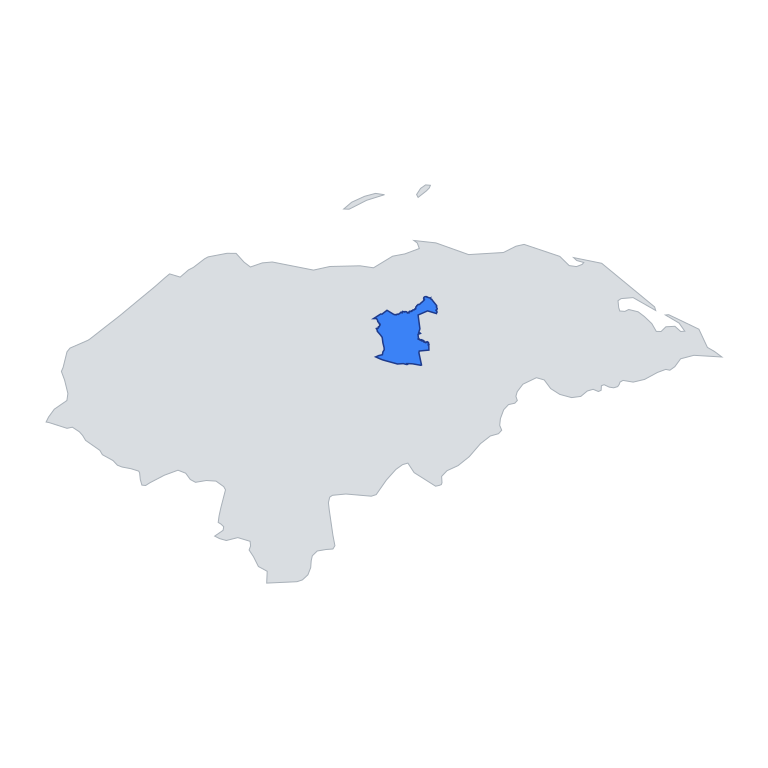 Gualaco, Olancho, Honduras shown in context
{"feature_id": "27666195B37652459733493", "entity_name": "Gualaco", "entity_type": "district", "adm_level": 2, "iso_a3": "HND", "parent_name": "Honduras", "parent_adm1": "Olancho", "projection": "mercator", "projection_center": [-86.008, 15.224], "detail": "fine", "context": "in_parent", "style": "filled", "palette": "blue", "viewbox_px": 768, "rotation_deg": 0, "n_neighbors": 0, "source": "geoboundaries", "source_scale": "gbopen_adm2", "svg_char_len": 7353}
<svg xmlns="http://www.w3.org/2000/svg" viewBox="0 0 768 768"><path d="M721.9,357.0L693.9,355.3L680.6,358.8L674.8,366.7L669.9,370.2L665.7,369.4L657.3,372.5L644.6,379.4L633.2,382.1L623.0,380.4L620.0,382.1L619.2,384.4L617.7,386.6L613.7,387.8L609.2,387.1L604.1,384.7L601.4,385.7L601.1,390.3L598.4,391.5L593.1,389.3L587.3,391.0L580.8,396.4L571.6,397.6L559.8,394.4L550.7,388.6L544.2,379.9L536.4,377.7L522.9,384.2L517.2,391.7L515.9,396.3L517.3,400.5L514.8,403.2L508.5,404.6L503.7,409.7L500.4,418.6L499.7,425.4L501.7,430.2L498.5,433.7L490.3,436.0L480.5,443.6L469.3,456.6L458.1,465.6L447.0,470.7L441.6,476.4L442.0,482.7L441.3,484.6L439.2,485.4L435.6,486.2L414.1,472.6L407.9,463.1L402.6,464.6L395.9,469.4L386.4,480.0L376.2,494.6L371.3,496.2L345.9,494.0L332.4,495.3L329.7,497.2L328.4,502.6L329.2,509.7L332.9,535.2L334.9,545.7L332.9,549.0L326.0,549.5L317.2,551.0L312.3,555.8L311.2,560.7L310.7,567.6L307.9,574.8L302.4,579.9L297.0,581.7L266.7,583.1L267.2,571.3L258.4,566.5L253.5,556.7L249.1,550.0L250.6,546.0L250.1,541.3L237.8,537.6L226.3,540.5L219.6,538.6L214.7,536.1L223.1,530.3L223.7,526.7L221.0,524.1L218.2,522.4L219.1,515.8L220.8,508.0L225.5,489.8L223.7,486.6L216.0,481.1L206.3,480.5L195.5,482.3L190.3,479.5L185.7,473.2L178.0,470.2L164.4,475.2L150.0,482.7L145.6,485.5L141.9,485.1L140.3,479.5L139.6,472.8L138.7,471.1L131.0,468.7L122.0,467.0L117.4,465.2L113.1,460.6L102.4,454.7L99.9,450.4L85.6,440.4L82.6,435.4L79.4,431.8L72.4,427.2L67.0,428.3L48.8,422.5L46.1,422.0L48.6,417.0L54.3,409.2L66.9,400.5L67.9,393.5L64.6,380.1L61.4,371.4L63.1,367.5L67.0,351.8L70.0,348.1L88.1,340.2L89.8,339.1L104.1,327.9L119.9,315.6L136.4,301.9L154.8,286.7L164.9,277.8L169.6,273.9L180.2,277.1L188.5,269.9L193.4,267.4L204.6,258.8L208.1,256.9L227.0,253.3L236.1,253.4L244.1,262.2L250.4,267.0L262.3,262.9L272.3,262.0L313.5,270.1L329.9,266.5L360.0,265.8L373.5,267.8L392.6,256.2L404.9,253.9L419.3,248.5L417.3,243.0L413.9,240.5L435.9,242.9L468.6,254.6L503.4,252.5L516.0,246.2L524.1,244.4L559.8,256.4L569.2,265.6L576.5,266.6L582.2,264.4L583.8,262.5L576.7,260.5L573.6,257.6L601.7,263.3L654.6,306.9L655.7,310.5L633.1,297.6L621.1,298.6L618.0,300.7L618.7,307.7L619.8,311.0L624.9,311.4L628.7,309.5L638.1,311.8L644.2,316.4L651.8,323.6L656.3,331.4L661.1,331.5L665.9,326.8L674.9,326.3L680.7,331.5L684.8,331.2L679.1,323.1L665.4,315.0L668.7,314.7L698.9,329.2L707.4,347.4L714.5,351.5L721.9,357.0ZM366.6,200.3L349.1,209.2L343.7,209.0L351.7,202.2L364.6,196.3L375.5,193.4L384.5,194.7L366.6,200.3ZM426.4,190.9L418.1,197.4L416.6,194.5L420.6,188.4L425.6,184.9L430.4,185.3L429.3,187.9L426.4,190.9Z" fill="#d9dde1" stroke="#a8b0b8" stroke-width="1"/><path d="M387.0,310.3L381.9,314.2L380.7,314.0L373.5,318.6L376.5,318.6L376.6,318.9L376.8,319.0L377.2,319.7L377.4,320.0L377.6,320.5L377.6,320.9L377.8,321.4L377.8,321.7L378.0,321.9L378.1,322.0L378.3,322.1L378.6,322.3L378.8,322.6L378.9,322.8L378.9,323.1L379.1,323.3L379.2,323.5L379.3,323.6L379.5,323.8L379.8,323.8L380.0,324.1L379.8,324.2L379.8,324.4L379.7,324.5L379.9,324.7L379.9,324.8L380.0,324.9L380.0,325.0L379.9,325.4L379.7,325.5L379.5,325.9L379.3,326.2L379.3,326.4L379.3,326.5L378.9,326.8L378.6,326.8L378.7,327.1L378.4,327.3L378.3,327.5L378.2,327.7L378.2,328.0L378.0,328.3L377.9,328.3L377.8,328.2L377.7,328.2L377.1,328.2L376.7,328.4L376.3,328.5L376.4,328.8L376.7,329.0L376.8,329.2L377.0,329.7L377.1,330.1L377.3,330.5L377.2,331.0L377.4,331.3L377.5,331.5L377.9,332.0L378.0,332.1L380.5,335.0L382.2,337.4L382.9,342.8L384.1,347.7L384.2,349.8L382.9,351.9L382.4,354.7L378.6,355.6L377.1,356.3L375.7,356.9L379.9,358.8L382.4,359.8L385.1,360.6L396.8,363.8L397.2,364.0L403.3,363.6L406.5,364.5L407.4,364.4L407.0,363.6L408.2,363.6L412.3,363.8L413.0,363.9L420.9,365.3L421.5,365.0L418.9,352.7L419.3,351.0L428.9,350.1L428.8,345.4L428.5,345.3L428.4,345.2L428.2,345.1L428.2,344.9L428.4,344.9L428.5,344.8L428.5,344.7L428.4,344.5L428.4,344.4L428.6,344.4L428.8,344.3L428.7,344.2L428.8,344.1L428.7,343.9L428.6,343.4L428.6,343.2L428.5,342.8L428.5,342.6L428.4,342.4L428.2,342.3L428.1,342.6L427.9,342.6L427.9,342.4L427.8,342.2L427.7,342.1L427.4,342.1L427.4,341.9L427.3,341.7L427.2,341.7L427.0,341.9L426.8,342.0L426.6,342.2L426.2,342.2L426.2,342.4L426.1,342.5L425.8,342.7L425.6,342.5L425.6,342.2L425.4,342.3L425.3,342.2L425.1,342.1L424.9,342.1L424.8,342.3L424.7,342.3L424.5,342.2L424.4,342.0L424.1,341.7L423.9,341.7L423.9,341.9L423.7,341.9L423.6,341.7L423.9,341.5L424.0,341.3L423.9,341.3L423.6,340.8L423.4,340.6L423.2,340.9L422.9,340.8L422.8,340.7L422.8,340.8L422.6,341.0L422.4,341.0L422.4,340.9L422.4,340.7L422.3,340.3L422.2,340.2L422.1,340.3L422.1,340.6L421.7,340.8L421.5,340.7L421.3,340.7L421.2,340.6L421.4,340.3L421.5,340.2L421.5,339.9L421.5,339.7L421.4,339.7L421.0,339.9L420.7,339.9L420.4,340.1L420.2,340.1L420.1,339.8L419.8,339.7L419.8,339.4L419.7,339.3L419.3,339.3L419.1,339.1L418.9,339.1L418.7,339.2L418.7,339.3L418.5,339.2L418.2,339.2L418.1,338.9L418.3,338.7L418.5,338.5L418.7,338.4L418.4,338.0L418.4,337.7L418.0,334.4L420.5,333.4L420.4,333.3L420.1,333.2L419.9,333.0L419.9,332.9L418.7,332.7L419.9,328.8L418.1,315.0L427.6,310.9L436.3,313.5L436.3,313.2L436.9,312.6L437.0,312.4L437.0,312.2L436.8,312.0L436.8,311.9L436.9,311.6L436.9,311.4L436.9,311.2L436.2,310.6L436.0,310.4L435.9,310.3L435.9,310.2L436.0,310.1L436.3,309.9L436.7,309.6L437.0,309.3L437.1,309.2L437.2,308.8L437.2,308.5L437.0,308.3L436.9,308.0L436.7,307.5L436.4,307.1L436.3,306.9L436.5,306.6L436.7,306.4L436.7,305.7L432.0,299.8L432.0,299.7L431.9,299.6L431.8,299.4L431.7,299.4L431.4,299.3L431.3,299.1L431.2,299.1L430.7,298.9L430.6,298.7L430.4,298.4L430.4,298.2L430.5,297.9L430.3,298.0L430.2,298.1L429.1,297.7L428.4,297.6L428.2,297.4L427.7,297.3L427.1,297.3L427.0,297.2L426.9,296.7L426.5,296.6L425.4,296.6L424.7,296.8L424.1,297.3L423.9,297.4L423.9,297.5L423.6,298.2L423.9,298.5L424.0,298.6L423.9,298.9L423.8,299.3L424.1,299.5L424.4,299.8L423.8,300.4L423.7,300.6L423.3,300.9L423.1,301.1L422.6,301.6L422.1,301.9L421.8,302.4L421.5,302.6L421.2,302.7L420.9,303.1L420.7,303.2L420.4,303.4L420.2,303.7L419.9,304.1L419.7,304.2L419.4,304.4L419.2,304.5L418.6,304.4L418.0,304.5L417.9,304.6L417.7,305.0L417.0,305.5L416.8,305.6L416.8,305.8L416.7,306.1L416.6,306.4L416.5,306.5L416.2,306.6L415.9,306.9L415.8,307.1L415.8,307.4L415.7,308.1L415.8,308.7L415.8,308.8L415.7,308.9L415.3,308.8L415.2,308.8L415.1,309.0L414.9,308.9L414.7,309.0L414.6,309.4L414.5,309.6L414.4,309.7L414.3,309.8L414.0,309.9L413.4,309.8L413.1,309.8L412.8,310.0L412.7,310.4L412.6,310.7L412.3,310.8L411.9,310.8L411.7,310.7L411.3,310.9L411.2,311.0L411.3,311.4L411.1,311.4L410.8,311.6L410.7,311.6L410.2,311.4L409.9,311.2L409.8,311.3L409.5,311.5L409.3,311.5L409.1,311.6L409.0,311.9L409.0,312.1L409.1,312.3L409.1,312.7L409.1,312.8L408.9,312.8L408.7,312.7L408.4,312.7L408.1,312.9L408.0,313.0L407.4,313.0L407.3,312.8L407.2,312.4L406.9,312.1L406.6,311.8L406.4,311.8L405.9,311.6L405.4,311.7L405.2,311.6L404.9,311.6L404.8,311.9L404.7,312.0L404.5,311.9L404.3,311.8L404.0,311.8L403.7,311.7L403.3,311.7L402.8,311.5L402.7,311.4L402.5,311.6L402.3,311.8L402.2,312.3L402.2,312.7L402.1,312.9L401.5,312.6L401.2,312.4L401.1,312.2L400.9,312.2L400.8,312.4L400.5,312.6L400.2,312.8L400.0,313.1L399.8,313.5L399.5,313.7L399.2,313.8L398.8,313.9L398.6,314.1L398.4,314.2L398.2,314.4L397.9,314.3L397.7,314.2L397.1,314.1L396.8,314.4L396.7,314.6L396.3,314.7L396.1,314.9L395.6,314.8L395.4,314.6L395.2,314.6L394.9,314.5L394.3,314.7L387.0,310.3Z" fill="#3b82f6" stroke="#1e3a8a" stroke-width="1.5"/></svg>